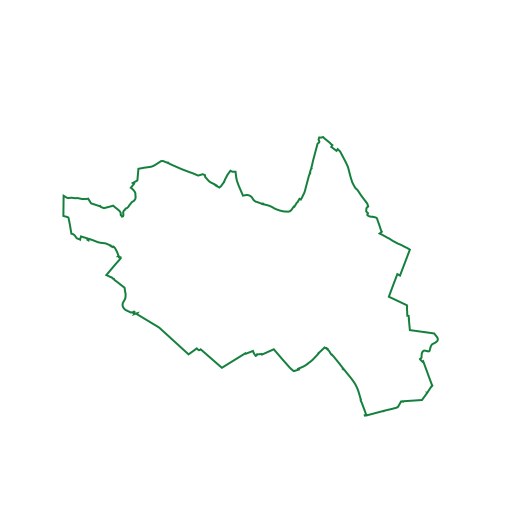 Utrecht, Utrecht, Netherlands (Robinson projection), rotated 193°
{"feature_id": "6326949B99313902629116", "entity_name": "Utrecht", "entity_type": "district", "adm_level": 2, "iso_a3": "NLD", "parent_name": "Netherlands", "parent_adm1": "Utrecht", "projection": "robinson", "projection_center": [5.068, 52.084], "detail": "fine", "context": "isolated", "style": "outline", "palette": "green", "viewbox_px": 512, "rotation_deg": 193, "n_neighbors": 0, "source": "geoboundaries", "source_scale": "gbopen_adm2", "svg_char_len": 5959}
<svg xmlns="http://www.w3.org/2000/svg" viewBox="0 0 512 512"><g transform="rotate(193 256 256)"><path d="M299.6,145.0L295.5,149.6L293.0,152.6L291.0,151.5L290.3,151.4L289.7,151.7L288.9,152.6L264.1,139.4L244.4,158.9L243.8,158.5L241.3,160.3L241.2,160.3L237.6,162.8L237.1,161.9L236.1,160.7L234.9,159.5L233.8,158.6L233.0,159.3L232.9,159.5L232.9,160.4L230.1,161.2L228.5,161.8L228.0,161.3L217.7,169.1L206.4,160.8L198.1,154.9L196.3,153.8L193.3,152.3L188.7,155.0L189.5,155.7L186.9,157.5L185.3,158.7L183.6,160.2L181.4,162.5L181.5,162.7L178.9,165.6L177.3,167.9L173.8,173.8L173.0,175.4L173.2,175.5L171.4,178.0L168.6,182.3L167.4,181.8L167.1,181.9L166.8,182.2L165.5,181.6L165.8,181.3L165.7,181.2L164.5,180.6L163.2,179.7L160.8,177.2L160.2,176.8L159.9,177.0L157.2,175.1L150.3,169.7L145.5,165.8L145.7,165.6L145.6,165.4L145.4,165.5L145.1,165.3L145.3,165.2L145.1,165.1L144.9,165.1L144.7,165.2L135.6,158.1L131.9,154.9L130.2,153.1L128.2,150.7L126.8,148.8L125.6,146.9L121.5,139.6L121.7,139.3L121.3,138.5L119.8,136.6L113.3,126.7L113.0,125.9L114.2,125.3L114.0,125.0L112.4,125.8L112.3,125.6L110.2,126.7L97.9,133.2L97.3,133.5L97.0,133.4L96.6,133.6L96.6,133.9L93.0,135.7L89.9,137.2L85.3,139.6L84.1,140.4L84.0,140.5L83.9,141.0L83.6,141.2L82.2,145.9L82.1,146.7L80.3,147.1L80.5,147.4L61.9,153.0L58.6,160.7L58.5,160.9L58.7,161.2L58.4,161.2L58.0,162.3L55.5,169.1L55.3,168.8L55.0,169.4L56.0,170.6L59.5,175.9L68.3,189.4L69.5,191.1L69.9,190.6L70.0,190.4L72.9,192.2L73.1,192.5L72.2,193.4L71.9,194.1L71.9,194.6L72.3,196.5L72.5,198.0L72.4,199.5L72.0,200.4L71.4,201.3L70.4,201.8L66.6,201.8L66.2,201.9L65.7,202.4L65.6,202.8L65.5,203.5L65.5,205.9L65.2,207.9L64.9,208.8L64.5,209.6L64.2,209.9L62.0,211.7L60.5,213.5L60.2,214.1L60.1,214.7L60.1,215.8L60.4,216.5L61.0,217.4L65.0,220.6L89.4,218.4L93.0,229.2L93.0,229.4L92.9,229.4L93.8,232.0L95.1,231.8L95.9,234.5L96.1,235.6L97.0,238.3L97.0,238.6L97.4,240.1L97.4,241.0L97.6,241.4L98.1,241.8L98.1,242.0L117.4,246.2L115.9,257.7L114.2,270.1L111.3,269.3L107.5,296.8L108.5,297.2L111.3,298.0L112.5,298.2L116.1,299.2L118.4,299.7L120.1,299.9L125.8,301.4L130.6,303.1L131.4,303.2L137.6,305.0L140.6,305.7L138.9,307.8L138.9,308.1L139.3,308.3L139.6,308.6L143.7,315.3L145.5,318.0L146.1,319.2L146.8,319.9L147.0,320.2L148.5,320.5L149.3,320.5L150.1,320.5L150.9,320.5L150.9,320.4L153.5,320.1L154.4,320.1L155.7,320.4L156.8,321.1L156.5,322.9L157.2,323.2L158.6,324.2L158.8,324.8L159.1,327.2L159.0,327.7L158.7,328.4L157.9,329.3L157.8,329.5L158.0,330.0L158.6,330.6L158.9,331.4L159.2,331.9L159.8,332.3L160.0,332.7L161.0,333.5L161.0,333.4L167.6,339.0L170.4,341.7L171.7,342.9L172.8,343.7L174.3,344.4L176.4,346.6L178.9,349.6L181.6,354.2L185.7,362.1L186.7,363.8L189.9,367.9L196.8,375.9L197.5,376.7L198.1,377.1L200.5,378.5L201.2,376.6L207.2,379.2L206.5,381.2L208.8,382.3L209.3,382.8L216.2,386.2L217.4,387.0L219.2,386.0L221.1,385.7L221.2,383.4L220.0,381.8L220.1,380.8L221.0,379.7L221.3,379.1L221.9,360.3L221.8,358.1L221.9,354.7L221.9,354.3L221.5,353.8L222.0,352.9L222.1,352.4L222.1,351.0L222.2,350.5L222.2,348.6L221.9,348.6L222.4,346.7L222.5,345.8L223.0,330.0L223.1,328.9L223.4,327.2L224.0,325.2L224.0,324.6L225.0,321.1L226.5,321.5L226.6,321.2L227.5,318.1L228.3,316.9L229.7,312.6L230.3,312.7L231.7,309.2L232.3,308.1L233.0,307.3L234.4,306.5L238.1,305.8L240.7,305.6L243.3,305.7L247.0,306.1L249.2,306.6L251.2,307.3L254.1,307.9L257.6,308.1L261.1,308.0L261.0,308.6L261.4,308.6L261.5,308.4L261.8,308.2L262.1,308.2L267.4,308.9L268.1,308.8L269.1,309.1L270.3,309.6L271.3,310.3L272.4,311.5L273.6,312.5L275.0,313.2L276.5,313.5L278.4,313.5L282.3,311.9L288.8,320.8L290.7,323.7L292.0,325.9L292.3,326.7L292.4,327.2L292.6,327.3L292.8,327.7L294.9,333.5L298.1,332.8L300.1,333.3L302.0,328.8L303.5,323.2L303.7,321.1L303.9,321.0L303.9,320.6L305.4,317.2L305.5,316.6L307.1,314.5L310.7,315.5L310.5,315.9L312.7,316.6L312.7,316.4L315.1,317.2L315.8,317.2L318.7,318.3L323.4,321.7L323.8,323.2L325.1,323.5L326.3,323.7L330.2,321.5L330.7,321.4L336.3,322.4L340.1,322.8L348.0,323.9L360.2,326.2L361.8,326.7L362.3,327.0L362.6,326.8L363.0,327.2L363.3,327.0L364.0,327.0L367.6,327.6L368.7,327.5L370.0,327.0L370.6,326.3L375.3,321.5L376.2,320.7L378.2,319.4L384.1,317.1L384.3,317.1L390.2,314.5L389.7,311.1L388.6,303.0L388.8,302.7L392.5,299.4L391.1,298.9L393.3,294.3L392.1,293.8L390.3,292.7L388.9,291.6L388.0,290.5L387.6,289.9L387.1,287.7L386.7,287.1L386.4,284.8L386.6,283.9L387.4,282.2L387.8,281.8L388.9,280.8L389.3,280.2L389.8,279.0L390.9,276.8L391.4,275.3L391.8,274.6L392.6,273.6L393.8,272.8L394.1,271.5L395.0,270.4L395.2,269.6L395.2,268.6L395.2,268.3L394.5,266.5L394.4,265.9L394.5,265.1L394.5,264.8L395.4,264.2L396.4,265.1L396.8,265.8L397.0,265.7L397.7,267.8L398.0,268.2L398.4,268.6L400.0,269.7L404.4,271.8L406.5,272.9L409.2,271.4L414.9,268.4L418.3,268.9L419.1,269.7L419.7,269.4L428.6,270.2L432.4,274.1L432.9,273.8L437.2,272.6L438.4,272.4L443.0,272.3L445.2,271.6L448.9,271.3L451.9,270.2L452.5,270.2L453.3,270.2L457.0,271.4L452.7,251.7L448.3,251.5L447.7,251.3L447.3,251.1L444.5,244.9L440.9,236.2L439.4,236.1L438.3,235.8L437.5,235.4L436.8,234.9L435.1,233.3L434.6,233.0L433.8,232.8L431.3,232.5L431.1,232.4L430.9,235.7L424.2,235.2L424.0,233.9L422.7,233.5L422.7,234.9L422.5,235.1L418.5,234.7L413.2,233.9L410.4,233.9L406.4,234.4L405.1,234.4L400.3,233.6L400.4,233.3L399.2,232.8L399.1,233.0L397.6,232.5L397.3,233.1L396.5,232.9L395.8,232.4L395.1,231.9L393.1,229.6L392.3,228.7L391.2,227.1L390.0,225.1L390.2,224.8L389.7,224.9L389.3,223.9L387.7,224.3L387.3,223.3L391.4,215.7L397.5,203.8L392.8,202.7L392.1,202.8L391.5,202.6L390.6,201.8L389.3,201.8L388.4,200.7L386.2,199.8L376.9,195.5L375.6,192.0L375.1,191.1L374.5,189.6L374.2,188.2L374.0,187.2L373.9,185.8L373.8,185.4L373.9,185.1L374.2,183.6L374.7,182.0L375.2,180.1L375.1,179.0L375.0,178.3L374.8,177.6L374.1,176.4L373.0,175.3L372.0,174.6L370.7,174.0L365.1,172.8L363.7,173.4L363.1,173.0L362.3,174.4L361.9,174.3L361.7,173.3L361.7,172.8L361.8,172.6L361.1,172.4L361.2,172.2L360.4,172.7L358.7,173.6L359.1,172.6L334.3,164.5L299.6,145.0Z" fill="none" stroke="#15803d" stroke-width="2"/></g></svg>